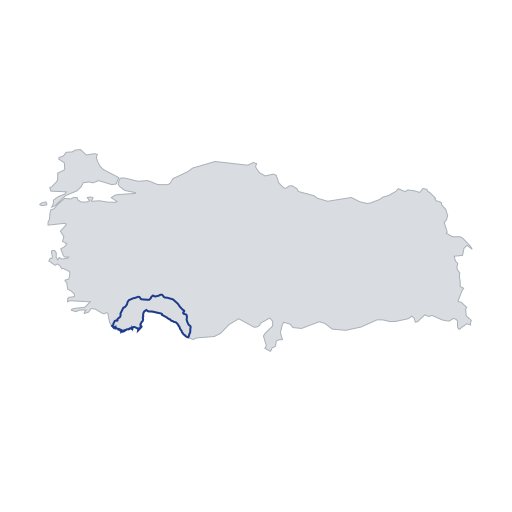 location of Antalya within Turkey, rotated 4°
{"feature_id": "TUR-2271", "entity_name": "Antalya", "entity_type": "Province", "adm_level": 1, "iso_a3": "TUR", "parent_name": "Turkey", "parent_adm1": "", "projection": "equal_earth", "projection_center": [30.734, 36.761], "detail": "medium", "context": "in_parent", "style": "outline", "palette": "blue", "viewbox_px": 512, "rotation_deg": 4, "n_neighbors": 0, "source": "natural_earth", "source_scale": "10m", "svg_char_len": 5468}
<svg xmlns="http://www.w3.org/2000/svg" viewBox="0 0 512 512"><g transform="rotate(4 256 256)"><path d="M393.2,178.9L400.4,181.4L402.6,179.5L409.0,179.8L414.8,181.2L417.8,177.1L421.8,177.5L422.7,179.6L424.7,180.4L430.9,185.7L430.3,186.3L431.9,188.3L437.1,189.6L437.7,192.2L442.0,196.2L444.4,202.4L443.4,206.7L441.4,209.5L445.1,218.8L444.2,220.0L450.7,223.1L458.5,222.6L461.1,223.9L469.2,231.3L471.2,234.2L465.8,230.7L463.0,233.7L462.0,241.0L453.7,242.4L455.3,247.1L457.7,249.3L457.2,253.9L457.9,255.7L460.4,258.6L460.3,262.7L461.5,267.0L461.8,272.2L465.4,273.7L464.0,276.1L460.7,286.6L461.0,287.4L463.7,287.7L469.8,292.6L468.8,294.2L469.9,300.9L475.3,305.3L474.6,307.6L474.9,309.9L471.1,308.8L464.0,314.9L463.2,314.7L462.0,312.6L461.5,306.6L459.6,305.0L457.2,304.6L453.3,307.4L449.6,307.3L445.9,306.7L435.9,303.0L432.4,304.3L428.6,302.9L421.7,310.3L419.5,310.9L418.2,307.2L415.6,305.1L412.4,307.9L400.0,311.5L394.3,312.1L387.2,310.9L381.3,311.2L365.8,319.5L350.7,323.9L337.1,323.6L329.4,318.4L323.6,317.2L306.4,325.1L297.8,324.8L294.8,321.6L288.3,320.2L286.9,323.3L285.7,330.8L288.2,337.6L284.5,338.0L282.2,339.5L281.7,344.7L278.3,346.7L277.3,349.9L276.7,350.0L271.2,347.4L272.6,344.8L269.0,335.3L270.6,332.3L277.5,324.6L277.2,320.1L274.1,316.9L265.3,322.6L264.5,324.8L262.5,326.5L259.2,327.2L243.1,319.8L233.9,326.3L226.0,335.7L220.0,339.2L202.3,341.9L199.2,343.7L193.2,341.7L189.5,339.2L181.2,328.4L165.7,320.3L149.3,318.3L147.9,320.4L147.4,328.7L144.7,336.5L143.4,337.3L139.8,335.4L127.2,340.0L116.4,334.8L114.6,332.6L112.2,323.5L110.6,322.9L108.9,324.2L107.1,324.1L99.4,320.2L95.3,319.9L92.7,323.8L88.7,325.3L88.6,324.3L90.2,321.8L83.7,322.2L80.3,324.1L75.6,323.0L75.9,321.9L79.7,320.7L88.4,319.3L93.9,313.3L73.3,313.6L71.3,314.9L71.1,311.8L72.3,310.3L77.7,309.2L77.4,306.6L74.1,303.8L70.5,302.3L69.0,295.8L67.2,294.2L67.4,293.3L70.8,292.1L71.6,287.4L71.1,284.5L64.5,281.9L63.0,282.2L61.4,279.6L58.6,277.8L56.3,279.3L49.7,275.4L50.9,272.6L52.6,272.7L52.9,270.5L51.7,266.9L51.9,265.0L53.3,264.5L55.0,264.8L56.6,267.0L56.7,271.2L58.5,273.7L59.7,271.2L62.8,272.6L68.2,271.3L69.3,270.2L65.3,270.3L63.9,269.3L60.7,262.4L64.1,260.4L66.5,257.1L62.0,254.9L63.0,250.2L59.2,244.9L64.5,238.2L64.3,237.2L62.6,236.8L46.4,239.7L46.2,236.6L47.4,234.0L47.5,227.6L48.2,224.1L51.3,223.0L55.0,217.9L61.1,211.9L67.3,212.0L69.8,210.4L73.5,210.3L74.5,212.6L77.7,214.3L83.4,214.0L86.2,212.4L83.6,209.5L86.8,208.6L89.4,209.3L88.0,212.5L88.8,212.8L96.2,211.8L103.9,212.6L112.4,212.2L113.5,211.2L107.5,207.9L111.3,205.1L113.5,204.5L131.4,201.9L131.5,201.2L120.5,199.8L114.9,196.0L113.4,193.9L114.5,188.9L115.8,187.6L119.7,187.4L133.1,189.7L142.7,188.3L153.1,191.6L163.1,191.0L165.2,189.5L167.7,184.7L181.8,176.8L186.7,172.7L208.5,164.6L241.3,166.0L247.0,162.9L250.3,164.0L249.4,166.0L249.7,167.9L253.7,172.7L259.6,175.5L267.6,173.1L270.6,174.1L273.7,181.6L278.9,186.1L281.2,186.4L284.3,183.8L287.2,183.4L292.1,186.0L293.8,188.7L309.7,191.8L313.0,194.1L323.7,196.4L347.0,191.0L355.8,194.7L363.0,195.8L366.1,195.3L375.4,191.0L378.2,188.5L384.1,186.4L391.2,181.7L393.2,178.9ZM90.6,165.7L89.9,169.0L91.3,172.7L94.5,177.8L97.8,180.4L113.7,187.4L111.4,193.9L107.4,194.9L93.8,191.8L88.2,194.4L84.2,193.8L78.6,194.9L76.9,198.9L73.0,203.4L61.9,209.0L51.7,220.1L48.8,221.5L50.2,217.8L50.1,214.4L54.6,210.6L60.8,207.6L62.4,205.2L46.9,205.6L45.5,202.2L47.1,201.5L52.2,195.5L52.8,193.1L52.4,187.1L58.6,183.7L59.1,182.3L58.3,176.4L52.5,173.1L52.7,171.4L56.8,169.8L59.3,165.8L65.3,165.0L68.2,163.0L73.4,162.0L79.8,167.1L87.5,165.2L90.6,165.7ZM43.6,219.7L38.3,220.7L36.7,219.7L38.4,218.0L42.5,216.7L43.7,218.5L43.6,219.7Z" fill="#d9dde1" stroke="#a8b0b8" stroke-width="1"/><path d="M194.0,341.9L192.7,341.6L190.9,340.5L190.5,339.9L189.2,339.3L188.1,337.8L187.4,337.3L187.1,336.0L185.2,333.8L184.8,332.4L184.2,331.5L183.8,331.3L183.1,329.9L181.1,328.0L180.0,327.6L178.6,327.5L177.5,326.7L176.5,326.7L175.4,326.1L174.6,325.1L173.8,325.1L172.1,324.2L171.3,323.5L166.3,321.3L166.3,320.5L165.4,320.0L156.2,318.6L152.4,318.8L150.3,317.5L148.4,319.1L147.6,320.9L147.5,323.3L147.8,324.0L147.3,325.2L147.8,326.7L147.6,328.6L146.5,329.8L145.4,332.5L145.5,333.0L146.0,333.6L145.9,334.1L146.5,334.3L145.2,336.0L145.7,336.0L143.6,338.5L143.7,337.2L143.3,336.4L142.8,336.5L139.8,335.3L138.1,335.6L137.9,335.9L137.8,337.0L137.4,336.4L137.3,337.2L137.0,337.0L137.0,337.4L135.5,336.8L135.2,337.0L135.7,337.0L134.1,338.1L132.5,338.1L131.7,338.7L130.5,339.1L130.6,339.3L129.8,339.5L130.3,339.7L129.3,340.5L128.9,340.6L129.2,339.9L128.7,340.2L127.9,339.8L126.8,341.0L126.7,340.4L125.9,340.0L125.7,339.3L126.0,339.5L126.1,339.1L124.8,339.1L125.0,338.8L125.7,338.7L122.7,338.3L121.3,337.4L121.0,337.7L120.8,336.6L120.6,336.8L120.1,336.7L119.3,337.7L117.3,335.8L118.0,335.4L118.4,334.8L118.5,333.2L119.7,330.6L121.1,330.0L121.8,330.3L122.3,330.0L122.2,329.2L122.4,328.3L124.6,326.4L125.1,324.7L124.8,322.9L127.3,316.8L128.6,316.3L129.8,314.8L130.7,313.1L131.1,310.8L132.3,308.9L136.5,306.7L137.9,306.4L141.3,304.9L142.7,305.1L144.1,306.9L144.7,307.2L151.7,307.2L152.6,307.0L154.0,305.4L154.4,304.1L156.0,302.6L158.1,303.5L161.7,302.4L162.8,301.6L163.9,301.2L165.2,301.3L167.1,303.4L168.1,303.8L170.4,303.8L176.3,305.1L181.4,309.1L183.6,311.9L186.5,314.6L188.1,315.5L188.2,316.4L187.6,316.9L187.3,317.8L187.7,318.6L190.5,319.3L191.0,320.0L191.4,322.1L191.2,324.2L192.0,326.4L193.6,329.3L195.3,330.4L195.8,331.4L195.6,333.2L195.7,336.5L194.7,339.6L194.5,341.1L194.0,341.9Z" fill="none" stroke="#1e3a8a" stroke-width="2"/></g></svg>